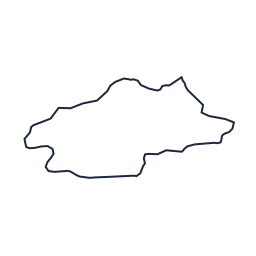 SVG path tracing the border of Racha-Lechkhumi-Kvemo Svaneti, rotated 163°
{"feature_id": "GEO-3035", "entity_name": "Racha-Lechkhumi-Kvemo Svaneti", "entity_type": "Region", "adm_level": 1, "iso_a3": "GEO", "parent_name": "Georgia", "parent_adm1": "", "projection": "robinson", "projection_center": [43.138, 42.637], "detail": "fine", "context": "isolated", "style": "outline", "palette": "slate", "viewbox_px": 256, "rotation_deg": 163, "n_neighbors": 0, "source": "natural_earth", "source_scale": "10m", "svg_char_len": 1053}
<svg xmlns="http://www.w3.org/2000/svg" viewBox="0 0 256 256"><g transform="rotate(163 128 128)"><path d="M161.8,87.2L174.1,90.4L179.1,91.5L188.2,95.6L190.4,97.4L195.9,103.3L198.4,104.7L210.7,107.4L214.2,109.0L216.6,110.1L218.1,114.9L215.1,118.9L210.5,121.9L206.7,125.2L206.3,130.0L210.1,134.2L216.1,135.7L222.6,136.2L227.9,137.4L230.9,139.6L230.2,147.8L223.1,152.4L220.3,157.2L217.7,158.3L199.3,159.6L188.5,167.5L185.7,166.6L177.2,163.7L163.7,164.7L149.6,163.3L137.0,169.3L132.4,173.7L126.8,175.8L117.3,176.5L111.0,173.3L108.1,172.8L104.8,170.4L103.1,165.3L96.4,159.5L89.1,155.3L85.8,155.4L82.9,158.1L79.4,157.8L76.1,156.6L61.9,160.9L61.8,157.4L60.7,154.3L60.7,150.2L59.6,146.4L49.5,128.1L53.1,121.3L47.1,115.8L32.3,108.1L25.1,102.4L28.3,96.8L32.5,94.6L37.4,94.3L39.0,93.9L40.5,92.9L41.9,89.9L43.5,87.2L46.8,87.3L50.1,88.7L68.9,92.8L76.6,93.1L80.2,91.6L81.8,90.4L83.5,89.6L97.9,95.5L107.5,94.3L115.7,97.2L119.4,97.8L121.7,94.4L122.1,89.3L125.0,86.8L129.5,81.1L133.9,79.5L136.4,80.7L161.8,87.2Z" fill="none" stroke="#1e293b" stroke-width="2"/></g></svg>